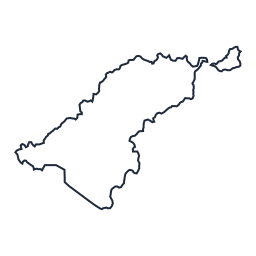 Campo Alegre, Santa Catarina, Brazil
{"feature_id": "56859067B1818648159801", "entity_name": "Campo Alegre", "entity_type": "district", "adm_level": 2, "iso_a3": "BRA", "parent_name": "Brazil", "parent_adm1": "Santa Catarina", "projection": "natural_earth1", "projection_center": [-49.182, -26.127], "detail": "fine", "context": "isolated", "style": "outline", "palette": "slate", "viewbox_px": 256, "rotation_deg": 0, "n_neighbors": 0, "source": "geoboundaries", "source_scale": "gbopen_adm2", "svg_char_len": 4052}
<svg xmlns="http://www.w3.org/2000/svg" viewBox="0 0 256 256"><path d="M48.3,133.8L47.9,135.4L46.0,137.0L45.0,138.8L43.7,140.3L43.8,142.9L41.4,143.6L39.6,144.4L37.6,144.4L35.8,144.4L34.7,146.4L33.4,145.5L32.2,144.0L31.3,142.2L29.2,142.2L28.0,144.6L27.7,146.3L25.8,147.2L24.6,145.1L22.3,144.0L20.7,145.4L21.0,147.0L21.5,149.0L19.2,149.4L16.7,150.6L15.4,152.3L17.3,154.3L18.1,157.3L18.5,159.5L19.6,161.0L20.9,162.7L22.4,163.6L23.0,161.6L24.4,160.5L26.0,160.7L27.0,162.2L28.5,163.2L29.9,164.3L31.3,165.3L32.9,166.1L33.7,168.0L33.9,169.6L35.2,169.0L36.9,168.7L38.3,169.2L40.5,169.1L42.0,170.3L44.8,165.1L47.7,165.1L52.7,165.1L54.5,165.1L56.2,165.2L64.5,169.8L64.6,175.5L64.7,177.9L64.7,179.7L64.7,182.1L69.1,186.1L87.8,200.0L95.2,205.4L100.5,208.7L102.0,209.1L103.2,208.2L104.7,207.9L106.4,207.6L107.9,208.3L110.3,208.1L111.6,206.4L112.8,203.6L112.4,200.8L111.3,198.8L110.2,196.6L110.7,194.2L111.0,191.7L111.5,189.5L113.3,187.9L115.1,186.6L117.2,186.4L119.0,187.6L121.1,187.1L122.3,185.1L124.1,183.1L124.1,181.0L124.6,178.1L124.9,175.9L125.5,173.8L126.8,172.2L127.9,171.1L129.5,169.9L131.5,170.2L132.8,170.9L133.5,172.4L134.9,173.2L136.7,173.4L138.2,170.7L139.2,168.4L139.2,165.5L139.5,163.4L138.6,161.7L138.1,160.2L138.4,158.0L139.1,155.8L138.4,153.6L137.3,151.5L134.9,151.5L133.0,151.5L132.8,149.2L133.7,147.6L135.0,146.9L134.6,145.2L133.8,143.7L132.8,142.6L131.5,141.8L129.5,140.8L129.9,138.9L130.9,137.0L132.5,136.2L134.7,135.8L136.9,133.9L137.9,132.3L139.4,131.2L141.4,131.2L143.1,131.0L143.0,129.3L143.6,127.3L143.6,124.8L143.9,122.8L144.5,120.6L146.0,120.1L147.9,119.5L150.3,120.8L152.3,122.2L154.2,121.7L153.5,120.3L153.2,118.3L154.8,117.3L155.7,115.1L157.2,113.3L159.4,112.7L161.4,113.6L163.7,112.4L165.3,111.1L167.1,109.4L169.2,107.7L171.1,107.3L172.1,106.0L173.5,106.1L175.0,106.1L176.7,106.3L178.7,104.8L180.0,102.8L181.2,102.0L182.6,101.7L183.9,100.0L185.2,98.1L187.1,98.3L189.3,98.3L190.9,99.2L192.7,98.3L193.6,95.7L193.2,93.5L193.6,92.0L193.1,90.4L193.8,88.2L193.6,85.4L192.4,83.4L193.4,81.8L194.7,79.1L194.7,77.0L194.7,74.8L194.7,72.4L195.5,70.9L196.8,70.2L198.3,68.7L199.8,66.9L200.8,65.7L200.9,63.8L202.2,62.6L202.6,60.9L204.7,61.3L207.3,61.9L207.0,59.5L205.8,58.0L203.8,57.8L201.5,57.8L199.4,58.0L199.1,59.8L198.6,61.9L198.0,63.8L197.4,65.7L195.2,66.3L192.9,66.6L191.1,65.1L189.8,63.2L188.4,62.3L187.3,60.9L186.7,58.6L186.9,56.8L185.7,55.7L184.0,57.2L182.6,58.8L181.1,58.5L179.3,58.0L177.3,58.1L175.5,60.8L173.1,60.7L170.9,59.7L170.0,57.5L169.1,55.3L167.6,56.9L166.2,57.8L164.7,57.1L162.9,56.3L161.9,54.9L160.4,53.4L158.3,54.0L157.2,55.3L158.0,57.2L157.1,59.2L156.0,60.3L154.4,61.2L153.5,63.5L152.1,63.6L151.6,61.8L149.5,61.9L147.8,60.9L145.8,60.3L143.9,59.6L142.1,58.4L140.4,56.5L138.4,55.9L136.4,56.3L134.8,58.2L133.6,59.8L132.0,60.0L130.5,59.9L128.6,60.4L128.2,62.7L127.0,63.4L125.5,64.0L123.9,64.4L121.9,65.0L120.5,65.9L119.9,68.1L118.8,69.4L116.5,69.3L114.4,70.1L113.4,71.4L111.9,72.5L110.2,71.7L108.6,72.5L106.8,73.3L105.8,74.8L106.2,77.0L104.5,78.9L103.4,80.4L101.7,82.0L100.1,82.5L99.3,84.7L99.2,87.1L99.0,89.0L99.2,91.1L97.9,92.9L96.1,94.4L93.5,93.9L93.3,96.6L92.8,99.7L92.3,101.6L90.9,100.4L89.3,101.2L87.6,101.7L85.1,100.5L83.3,100.5L82.4,102.1L80.7,103.0L79.5,104.7L80.0,108.4L80.3,111.2L81.8,112.5L81.8,114.2L79.9,114.1L77.6,114.6L77.3,117.9L75.7,119.5L74.2,118.6L72.0,118.4L69.9,117.9L68.2,118.3L66.8,118.4L65.5,119.9L64.3,121.5L62.9,122.6L61.2,124.1L60.3,126.5L58.6,127.3L57.3,128.8L55.4,128.5L54.0,129.7L52.8,130.9L51.5,131.8L49.8,133.4L48.3,133.8ZM234.3,47.5L232.4,48.8L229.8,49.2L229.1,50.8L228.6,53.4L227.3,55.2L226.1,56.0L226.6,57.6L224.8,57.7L223.7,58.9L222.5,60.3L220.6,61.2L218.6,61.5L217.1,63.4L215.9,64.3L214.6,63.5L212.4,63.7L210.8,65.0L212.2,65.6L214.2,66.0L216.0,67.1L217.5,69.0L218.6,70.4L220.1,71.1L221.6,71.3L223.4,69.8L225.3,69.5L227.4,70.2L230.0,70.2L231.8,69.0L233.2,68.0L234.6,67.9L236.7,67.0L239.0,66.7L240.3,65.6L240.4,63.6L239.6,61.1L238.0,59.4L237.8,57.2L239.1,55.3L239.1,53.2L240.6,51.5L239.1,50.8L238.0,49.5L237.4,46.9L235.7,46.9L234.3,47.5Z" fill="none" stroke="#1e293b" stroke-width="2"/></svg>